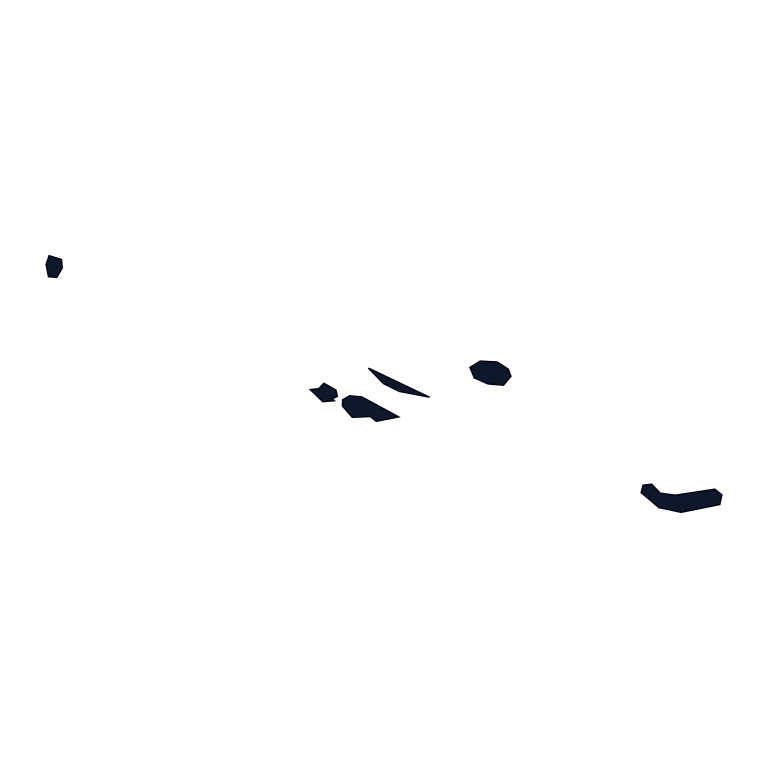 map outline of Azores (Albers equal-area conic projection)
{"feature_id": "PRT-735", "entity_name": "Azores", "entity_type": "Autonomous region", "adm_level": 1, "iso_a3": "PRT", "parent_name": "Portugal", "parent_adm1": "", "projection": "albers", "projection_center": [-27.949, 38.331], "detail": "coarse", "context": "isolated", "style": "filled", "palette": "ink", "viewbox_px": 768, "rotation_deg": 0, "n_neighbors": 0, "source": "natural_earth", "source_scale": "10m", "svg_char_len": 730}
<svg xmlns="http://www.w3.org/2000/svg" viewBox="0 0 768 768"><path d="M714.8,489.2L721.9,494.9L719.8,504.5L681.1,512.3L658.9,507.6L641.2,492.6L643.0,485.2L651.6,484.2L660.2,493.2L675.3,495.2L714.8,489.2ZM361.8,396.9L398.6,416.9L376.3,421.3L370.3,416.5L352.3,417.3L342.5,406.1L342.6,399.9L349.6,395.8L361.8,396.9ZM510.9,376.3L503.4,385.2L488.0,383.9L474.3,377.9L470.0,367.4L480.2,361.1L497.1,362.0L508.3,369.2L510.9,376.3ZM368.4,368.1L429.5,397.2L399.3,391.4L383.5,383.6L368.4,368.1ZM49.1,255.7L61.5,259.6L62.2,268.0L56.9,277.4L48.5,276.7L46.1,264.6L49.1,255.7ZM335.9,390.1L337.4,396.4L332.1,398.8L334.3,400.7L322.9,401.7L310.3,389.6L318.7,388.7L323.9,383.3L335.9,390.1Z" fill="#0f172a" stroke="#020617" stroke-width="1.5"/></svg>